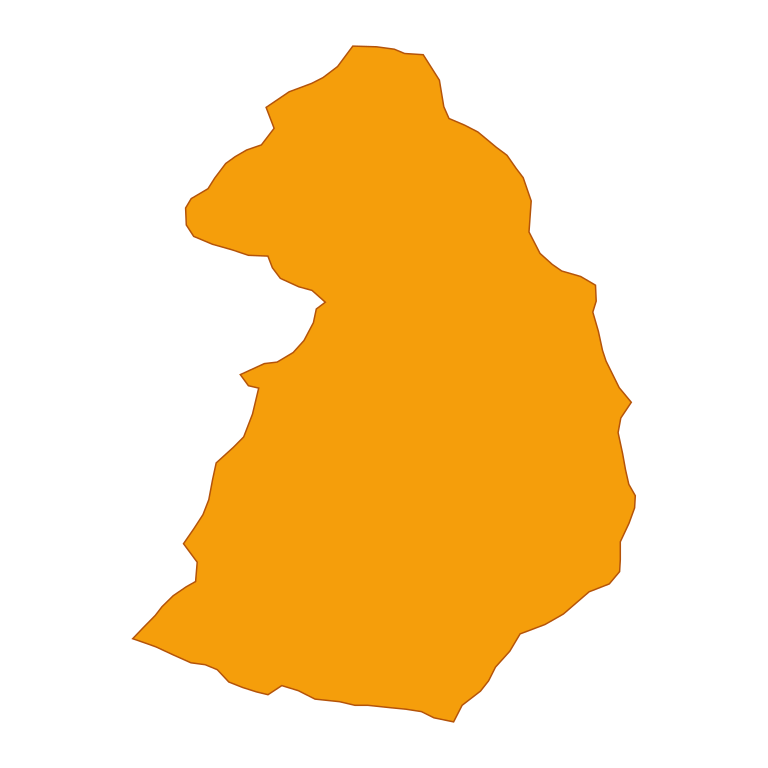 Santa Mercedes, São Paulo, Brazil (Albers equal-area conic projection)
{"feature_id": "56859067B1227581953826", "entity_name": "Santa Mercedes", "entity_type": "district", "adm_level": 2, "iso_a3": "BRA", "parent_name": "Brazil", "parent_adm1": "São Paulo", "projection": "albers", "projection_center": [-51.744, -21.31], "detail": "fine", "context": "isolated", "style": "filled", "palette": "amber", "viewbox_px": 768, "rotation_deg": 0, "n_neighbors": 0, "source": "geoboundaries", "source_scale": "gbopen_adm2", "svg_char_len": 1586}
<svg xmlns="http://www.w3.org/2000/svg" viewBox="0 0 768 768"><path d="M606.0,361.0L602.5,350.4L598.4,331.4L592.8,312.1L596.2,301.1L595.5,285.2L580.7,276.5L561.7,271.0L552.1,264.3L540.0,253.4L529.0,232.0L531.2,201.0L523.2,177.7L516.2,168.5L507.0,155.3L496.3,147.3L477.9,132.0L464.7,125.2L449.0,118.5L443.8,106.7L439.4,80.2L423.2,54.7L404.6,53.5L394.3,49.2L376.6,46.8L352.8,46.1L337.6,66.5L323.0,77.6L311.6,83.4L289.1,91.8L266.1,107.4L274.1,128.3L261.4,144.9L246.6,150.0L235.1,156.7L225.7,163.5L214.7,178.1L208.0,188.7L191.2,198.6L185.6,208.0L186.3,225.0L193.7,236.4L212.5,244.3L232.0,249.8L248.4,255.3L267.9,256.1L272.4,267.8L280.4,278.4L298.8,286.8L312.0,290.4L325.3,302.2L316.3,309.0L313.4,322.7L304.0,340.5L293.2,352.5L277.1,362.1L264.3,363.6L240.3,374.6L248.4,385.7L258.7,388.1L252.5,414.1L243.7,436.9L233.4,447.3L216.2,462.9L212.6,479.5L208.8,499.7L203.0,514.6L193.8,528.8L183.5,543.7L197.2,562.2L195.6,581.5L186.2,586.8L173.2,595.7L162.0,606.7L155.3,615.4L143.2,627.7L132.7,638.7L145.4,643.1L156.0,646.9L174.1,655.3L190.9,662.8L205.2,664.7L217.3,669.7L228.8,682.0L242.7,687.5L256.5,691.9L268.0,694.7L281.8,685.6L298.4,690.7L315.0,699.1L339.6,701.7L354.9,705.3L367.8,705.3L390.5,707.7L405.9,709.2L421.4,711.6L433.9,717.8L453.6,721.9L462.1,705.3L480.5,691.1L488.6,680.8L495.5,667.1L509.8,651.2L520.1,633.9L545.0,624.5L563.4,614.0L589.1,591.8L609.3,583.9L619.6,571.6L620.3,559.6L620.3,541.8L629.0,523.3L634.6,507.9L635.3,495.7L628.8,484.3L625.5,469.7L622.6,453.6L618.1,432.6L620.8,418.0L631.3,402.3L619.2,387.7L606.0,361.0Z" fill="#f59e0b" stroke="#b45309" stroke-width="1.5"/></svg>